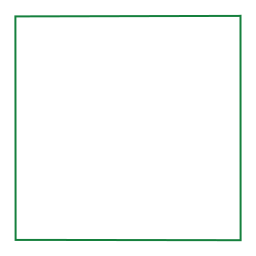 outline of Mahnomen, Minnesota, United States of America
{"feature_id": "52423323B48035843667000", "entity_name": "Mahnomen", "entity_type": "district", "adm_level": 2, "iso_a3": "USA", "parent_name": "United States of America", "parent_adm1": "Minnesota", "projection": "mercator", "projection_center": [-95.81, 47.326], "detail": "fine", "context": "isolated", "style": "outline", "palette": "green", "viewbox_px": 256, "rotation_deg": 0, "n_neighbors": 0, "source": "geoboundaries", "source_scale": "gbopen_adm2", "svg_char_len": 192}
<svg xmlns="http://www.w3.org/2000/svg" viewBox="0 0 256 256"><path d="M15.4,16.4L15.6,239.9L240.6,240.2L240.5,15.8L239.3,15.9L15.4,16.4Z" fill="none" stroke="#15803d" stroke-width="2"/></svg>